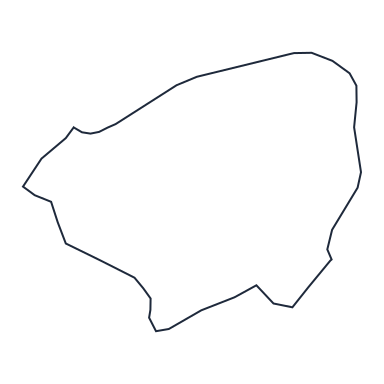 an SVG outline of Şahbuz
{"feature_id": "AZE-2423", "entity_name": "Şahbuz", "entity_type": "District", "adm_level": 1, "iso_a3": "AZE", "parent_name": "Azerbaijan", "parent_adm1": "", "projection": "mercator", "projection_center": [45.594, 39.428], "detail": "fine", "context": "isolated", "style": "outline", "palette": "slate", "viewbox_px": 384, "rotation_deg": 0, "n_neighbors": 0, "source": "natural_earth", "source_scale": "10m", "svg_char_len": 657}
<svg xmlns="http://www.w3.org/2000/svg" viewBox="0 0 384 384"><path d="M73.7,127.4L73.8,127.5L82.0,132.3L90.5,133.6L99.1,131.9L107.6,127.6L115.6,124.1L176.6,85.2L196.8,76.8L289.7,54.1L294.0,53.1L311.6,52.8L332.5,60.9L349.6,73.3L356.4,85.7L356.6,102.3L354.1,127.3L361.0,172.2L357.6,187.7L332.1,229.8L327.3,249.4L331.6,259.5L331.4,259.7L330.4,260.5L308.3,287.3L292.4,307.3L273.5,303.5L256.4,285.3L234.5,297.3L201.3,310.3L168.8,329.0L156.0,331.2L149.1,317.7L150.4,309.9L150.6,298.5L143.2,288.2L134.5,277.7L99.9,260.2L65.8,243.5L57.7,222.2L51.1,201.8L34.7,195.2L23.0,186.6L41.5,158.6L65.8,138.1L73.7,127.4Z" fill="none" stroke="#1e293b" stroke-width="2"/></svg>